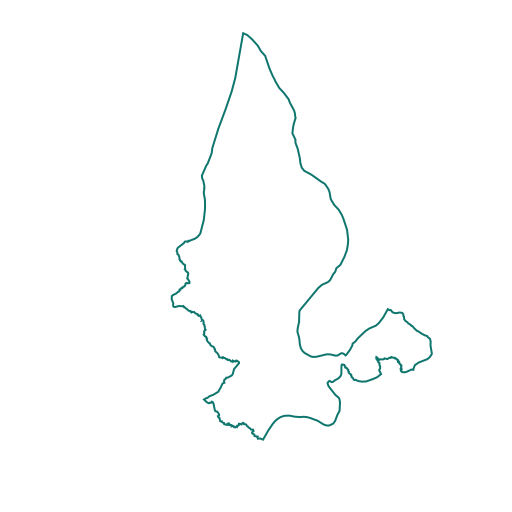 the district of Khong Chiam, Ubon Ratchathani, Thailand, rotated 323°
{"feature_id": "78962969B36497134874209", "entity_name": "Khong Chiam", "entity_type": "district", "adm_level": 2, "iso_a3": "THA", "parent_name": "Thailand", "parent_adm1": "Ubon Ratchathani", "projection": "orthographic", "projection_center": [105.428, 15.463], "detail": "fine", "context": "isolated", "style": "outline", "palette": "teal", "viewbox_px": 512, "rotation_deg": 323, "n_neighbors": 0, "source": "geoboundaries", "source_scale": "gbopen_adm2", "svg_char_len": 6161}
<svg xmlns="http://www.w3.org/2000/svg" viewBox="0 0 512 512"><g transform="rotate(323 256 256)"><path d="M313.2,441.6L313.8,440.9L317.2,438.8L321.9,439.0L330.7,441.5L333.6,441.4L337.0,440.3L337.8,439.6L341.5,432.5L344.1,429.3L345.1,426.9L344.5,424.6L344.4,422.8L343.3,421.3L341.7,418.1L340.3,413.9L339.5,412.6L338.9,409.2L338.7,406.3L338.1,405.2L338.0,403.8L337.1,401.5L337.0,400.0L336.3,398.0L336.3,395.6L337.6,393.7L337.7,392.4L338.5,391.3L338.6,389.5L336.6,387.5L333.8,386.2L332.2,384.8L331.2,383.0L331.1,380.3L330.0,379.6L329.3,377.8L320.7,381.6L313.8,383.5L309.9,383.8L303.0,382.1L298.3,381.8L287.8,383.0L283.9,384.1L280.5,384.1L278.8,385.6L274.3,387.6L268.5,389.3L267.7,389.3L267.2,386.8L266.1,385.3L265.6,385.0L261.1,384.5L259.7,383.6L256.1,379.3L253.4,377.1L243.5,372.8L240.8,370.9L239.4,369.3L236.5,362.8L236.0,360.1L236.3,356.7L238.0,352.6L240.0,349.5L241.5,346.6L243.5,341.4L245.9,338.7L250.6,334.7L256.9,326.8L258.1,325.8L286.6,319.0L291.3,318.7L297.6,320.1L299.9,320.0L301.3,319.6L306.9,316.9L309.7,316.3L312.9,314.1L318.0,313.9L326.1,309.9L332.2,306.0L336.8,301.6L339.5,298.4L344.5,289.8L348.4,278.3L349.3,274.5L349.9,268.7L349.2,262.2L349.9,255.6L353.2,249.2L353.6,247.8L354.1,246.0L354.4,240.6L354.1,239.0L352.9,236.2L349.2,224.4L345.8,217.0L345.7,213.0L347.3,208.6L349.9,204.2L353.9,195.3L355.7,189.2L357.5,186.9L358.9,179.9L363.0,175.6L366.1,172.9L370.8,169.5L371.0,168.7L372.9,165.5L373.9,163.0L375.4,153.6L376.4,150.6L376.4,142.5L375.7,135.9L376.6,128.1L377.0,126.8L377.7,122.2L379.6,114.3L383.8,101.6L383.2,95.6L384.0,89.1L383.3,80.6L381.9,74.0L379.8,70.4L346.5,101.4L335.4,110.1L319.7,120.7L302.5,131.7L286.1,143.5L282.5,147.2L273.2,153.0L270.7,153.9L261.2,159.2L259.7,161.7L259.1,164.4L257.0,168.8L256.2,170.0L255.4,170.5L255.2,171.3L253.0,173.3L251.9,174.8L249.1,180.3L246.0,184.6L243.1,188.3L235.9,195.9L225.2,204.4L223.2,205.1L220.3,205.6L217.4,205.4L212.3,203.9L210.5,203.7L210.7,203.2L209.8,203.2L208.6,202.0L207.7,201.7L206.2,202.3L198.9,202.4L197.7,202.7L195.6,204.3L195.3,206.0L194.4,207.0L194.8,208.7L193.8,211.5L193.0,212.3L193.0,213.5L192.6,213.8L192.8,215.6L193.3,215.7L193.0,218.0L193.9,220.7L193.4,221.0L192.2,223.0L191.2,223.6L191.4,224.3L190.9,225.3L191.0,226.1L191.7,228.4L191.3,229.3L187.5,232.7L187.8,233.4L187.4,236.6L186.5,237.6L184.8,236.5L184.6,235.8L183.9,235.6L183.0,235.7L182.6,236.3L180.6,237.3L179.6,236.8L178.2,237.2L178.1,236.8L177.5,236.6L177.0,237.0L175.5,236.9L175.3,237.3L174.6,236.9L173.9,237.8L173.2,238.0L172.1,237.7L169.7,237.9L166.0,237.2L164.5,237.4L164.0,238.3L162.7,239.6L161.4,244.1L160.3,245.2L159.7,246.4L159.8,247.1L160.4,247.9L164.6,249.7L166.7,251.7L167.9,252.2L167.7,253.5L168.2,253.8L168.2,254.6L169.5,259.5L170.3,260.1L170.3,261.5L170.8,261.6L170.7,262.3L171.6,262.4L172.1,263.1L172.9,263.5L173.1,265.5L174.3,267.1L173.9,268.0L174.3,268.4L174.2,269.3L175.7,269.9L175.2,270.8L175.4,271.9L174.7,273.3L174.6,275.0L174.3,275.1L174.9,275.3L174.9,276.3L174.2,277.7L173.2,278.5L173.3,280.2L172.7,280.7L172.6,281.5L171.2,283.8L171.3,284.6L169.2,284.9L168.2,286.6L166.8,287.3L167.1,288.5L166.8,289.1L167.5,290.5L167.2,291.0L167.4,291.4L167.0,292.1L167.1,292.7L166.2,293.2L165.9,294.9L166.2,297.6L166.5,297.8L166.1,299.6L166.3,301.3L167.2,302.5L167.4,303.3L167.2,304.8L166.8,305.5L167.1,306.0L166.1,307.6L166.7,310.4L166.4,313.0L165.7,314.6L166.3,315.6L167.7,316.6L167.8,317.2L168.6,316.9L169.0,317.3L168.9,318.0L169.7,318.7L170.1,320.2L170.9,320.9L170.7,321.9L171.5,322.6L172.2,322.8L172.8,325.4L173.5,326.0L174.1,325.7L174.0,326.6L175.0,326.4L176.1,327.9L176.9,327.6L177.2,328.2L177.8,328.1L178.5,330.6L177.9,331.4L170.4,333.1L166.5,336.2L164.8,336.8L160.9,336.3L158.9,335.3L158.0,335.9L156.5,335.7L155.0,336.8L154.5,338.2L153.9,337.9L152.3,337.8L148.8,339.7L144.1,341.7L138.1,341.1L134.6,340.0L132.0,340.1L130.1,339.5L128.1,339.3L128.7,343.0L129.6,345.1L130.9,345.7L131.2,345.5L132.3,346.3L133.0,345.8L133.5,346.5L133.2,348.4L130.3,354.4L130.2,355.6L131.4,357.0L131.2,360.3L130.5,361.2L129.2,361.0L128.9,362.5L129.4,363.3L128.0,366.3L128.4,367.0L129.2,367.4L128.9,368.3L129.1,368.9L130.0,370.2L129.4,371.0L130.5,372.8L132.6,372.9L133.6,373.4L133.5,373.6L134.0,373.6L133.5,373.8L133.4,374.5L133.7,375.0L133.1,375.0L134.6,376.2L134.8,376.8L134.2,377.3L134.9,377.5L135.2,378.1L135.7,378.3L135.2,379.9L135.6,379.5L136.2,380.4L137.6,380.4L137.9,381.1L139.0,380.2L139.9,380.8L140.9,380.6L141.4,379.8L142.1,380.1L143.0,381.8L145.0,381.3L145.4,381.6L145.6,382.2L145.2,383.0L146.2,383.9L146.7,384.7L146.5,386.6L146.9,387.4L146.8,388.4L147.5,390.0L147.6,391.7L149.2,393.0L148.6,394.4L147.4,394.3L146.4,394.8L146.3,395.6L147.2,397.6L146.5,398.9L148.7,401.3L147.9,401.8L147.5,403.0L149.6,404.3L151.1,406.9L160.9,402.7L168.2,400.2L171.6,399.4L174.1,399.1L178.5,399.4L182.3,400.6L186.4,403.4L190.5,407.9L194.7,411.5L197.3,413.1L199.7,415.3L201.6,417.7L206.1,424.7L208.6,431.3L210.4,433.8L211.6,434.9L213.1,435.6L216.9,436.3L220.0,435.3L225.5,431.8L229.5,430.0L235.0,423.5L236.4,420.7L236.8,419.2L235.8,414.7L235.6,406.0L235.7,403.1L236.6,400.6L238.1,400.0L239.5,400.0L240.5,402.2L241.7,402.8L244.5,402.8L248.0,403.3L250.8,403.0L253.1,401.7L258.0,395.3L258.9,394.5L259.5,394.4L261.0,396.1L260.6,397.3L260.9,397.9L260.1,398.7L261.2,400.7L260.9,401.3L261.2,402.5L260.5,403.2L260.6,404.3L260.0,404.6L259.8,405.5L260.6,408.0L259.9,408.7L260.1,409.4L259.5,410.5L260.0,411.7L259.6,413.6L260.1,414.4L261.0,414.7L262.3,417.3L264.9,420.0L268.5,422.5L275.5,424.7L279.7,425.7L284.8,425.6L285.6,421.5L286.2,420.9L287.3,420.6L288.8,418.8L288.8,417.7L290.2,415.8L290.2,415.2L289.7,414.7L290.2,413.1L290.2,411.3L290.5,409.9L291.3,409.2L291.6,410.1L291.3,410.7L291.9,411.5L291.9,413.1L293.1,413.3L294.7,414.7L296.1,415.4L297.0,415.1L299.0,417.4L301.0,417.5L302.2,418.4L302.8,418.0L303.3,418.1L304.0,419.4L305.2,420.4L305.3,421.5L306.0,421.6L306.1,422.7L306.5,423.3L306.3,424.0L306.8,424.6L306.6,425.5L306.1,425.3L305.6,426.1L305.8,426.6L306.4,426.4L306.6,426.9L305.8,428.2L306.3,430.7L305.7,430.8L305.5,431.7L304.7,432.4L304.7,433.1L304.2,433.1L304.0,433.5L303.6,433.4L303.7,434.5L302.8,434.6L302.6,435.4L302.8,436.6L304.8,438.4L306.4,439.1L312.0,440.3L313.2,441.6Z" fill="none" stroke="#0f766e" stroke-width="2"/></g></svg>